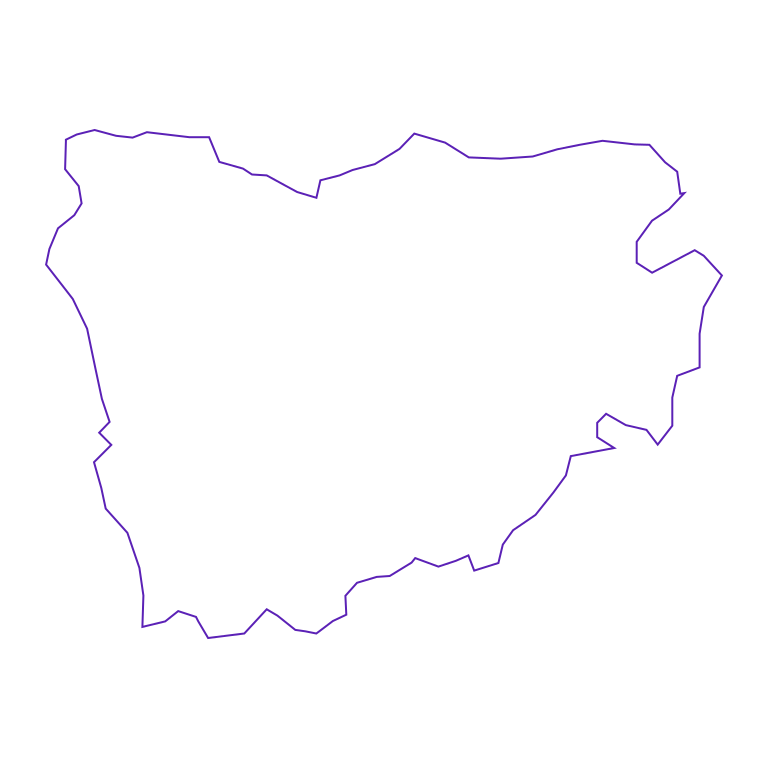 Tala, Paphos, Cyprus
{"feature_id": "46923920B20038687407930", "entity_name": "Tala", "entity_type": "district", "adm_level": 2, "iso_a3": "CYP", "parent_name": "Cyprus", "parent_adm1": "Paphos", "projection": "albers", "projection_center": [32.433, 34.838], "detail": "fine", "context": "isolated", "style": "outline", "palette": "violet", "viewbox_px": 768, "rotation_deg": 0, "n_neighbors": 0, "source": "geoboundaries", "source_scale": "gbopen_adm2", "svg_char_len": 1454}
<svg xmlns="http://www.w3.org/2000/svg" viewBox="0 0 768 768"><path d="M142.4,626.9L165.2,621.4L178.2,611.1L196.0,616.9L198.3,621.4L208.1,638.0L244.3,633.5L266.7,609.3L277.4,615.6L295.3,629.9L305.2,631.3L316.3,633.5L319.3,631.3L332.9,621.0L346.3,614.7L345.4,595.8L357.0,582.8L376.7,576.9L389.7,576.0L411.6,562.6L415.2,558.1L438.4,566.6L455.9,560.8L468.4,555.4L474.2,570.6L498.4,563.0L502.8,544.6L513.1,530.2L535.5,514.9L553.4,492.5L565.9,475.4L570.8,456.1L597.6,451.1L614.2,448.0L597.2,437.2L597.2,422.8L606.1,413.8L625.8,425.1L646.5,429.9L657.7,444.6L662.4,438.5L672.3,425.7L672.3,397.6L677.2,375.8L699.6,367.4L699.6,333.7L703.8,307.0L721.9,275.5L703.8,255.8L694.7,250.2L652.1,272.7L636.7,262.8L636.7,241.8L652.0,220.7L668.8,209.5L684.3,193.1L680.3,193.7L677.2,171.7L665.1,162.3L649.4,144.8L634.7,144.4L602.5,140.8L579.7,144.8L557.3,149.3L532.7,156.5L500.6,158.7L468.8,157.4L445.1,142.6L414.3,133.6L399.5,148.9L374.9,164.1L352.6,170.0L339.6,175.4L320.4,180.3L316.4,197.8L297.1,192.0L284.6,185.2L266.7,175.4L252.0,174.5L243.0,168.6L219.3,161.9L209.1,137.2L189.4,137.2L146.9,132.2L132.6,137.6L116.1,135.8L94.6,130.0L76.7,134.5L65.9,139.7L65.9,141.6L65.1,169.2L78.7,186.1L81.6,203.4L74.3,215.2L58.0,228.3L49.4,249.0L46.1,264.6L64.6,288.4L72.8,299.0L87.1,328.7L95.5,368.9L101.9,398.9L109.6,421.9L99.2,432.7L111.3,444.9L94.0,462.2L101.3,488.0L105.7,508.6L127.4,532.8L139.4,567.9L143.4,595.5L142.4,626.9Z" fill="none" stroke="#5b21b6" stroke-width="2"/></svg>